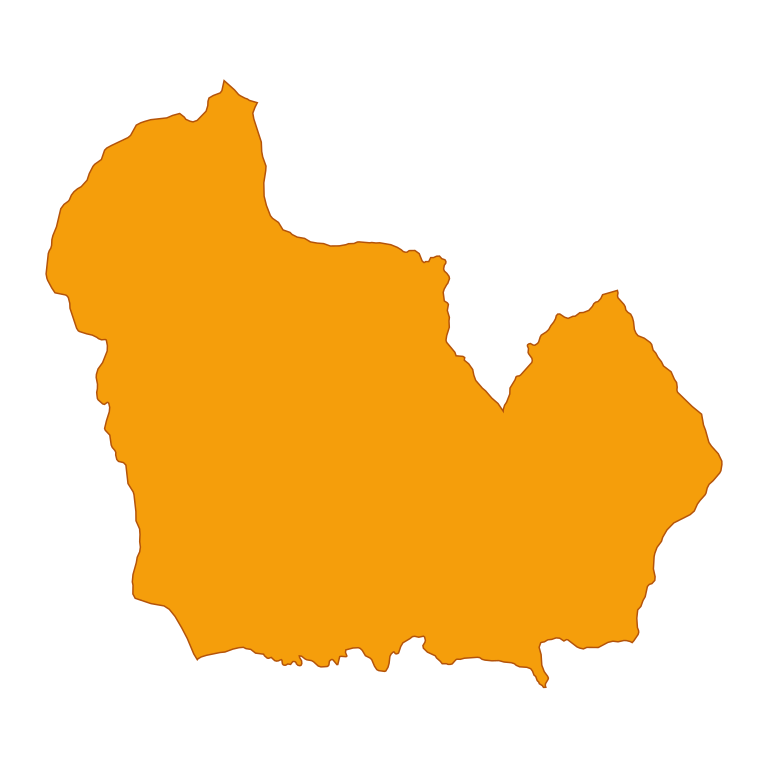 El Calvario, Meta, Colombia (Mercator projection)
{"feature_id": "7082276B98966151255757", "entity_name": "El Calvario", "entity_type": "district", "adm_level": 2, "iso_a3": "COL", "parent_name": "Colombia", "parent_adm1": "Meta", "projection": "mercator", "projection_center": [-73.69, 4.367], "detail": "fine", "context": "isolated", "style": "filled", "palette": "amber", "viewbox_px": 768, "rotation_deg": 0, "n_neighbors": 0, "source": "geoboundaries", "source_scale": "gbopen_adm2", "svg_char_len": 6077}
<svg xmlns="http://www.w3.org/2000/svg" viewBox="0 0 768 768"><path d="M197.3,659.7L198.1,658.7L201.3,656.9L206.5,655.3L220.1,652.5L225.0,652.0L232.9,649.1L238.9,647.7L243.4,647.3L245.9,648.6L250.8,649.4L255.5,653.1L263.6,654.2L264.4,655.7L267.2,658.1L268.6,658.3L271.2,657.4L274.7,660.6L276.5,661.1L278.2,660.9L281.2,659.6L281.9,660.2L282.4,663.8L283.3,664.9L284.3,665.2L285.7,665.2L287.7,664.0L290.6,664.4L292.7,661.6L293.9,661.5L295.3,661.8L296.1,662.7L296.3,663.7L298.0,665.3L299.9,665.7L301.0,665.3L301.8,663.7L301.6,660.9L299.6,657.5L299.3,655.9L301.6,656.2L305.0,658.9L306.8,659.8L311.5,660.6L313.5,661.7L318.2,666.0L320.9,666.9L324.7,666.7L327.2,666.5L328.2,665.9L328.9,664.9L329.4,661.3L330.5,660.1L332.0,659.4L333.1,660.0L336.9,664.6L337.8,664.5L339.7,656.6L341.0,656.3L346.1,656.7L346.9,656.0L345.5,652.5L345.8,649.9L353.0,648.0L358.3,647.7L360.2,648.4L362.3,650.4L365.4,655.7L370.0,658.0L371.7,659.6L374.5,666.2L376.8,669.6L378.7,670.6L384.6,671.4L385.8,671.0L388.0,667.3L389.1,663.3L389.9,656.4L391.2,653.9L393.4,651.9L394.0,651.9L395.3,653.6L396.2,653.9L397.8,653.5L398.6,652.9L400.7,646.6L402.9,642.8L409.8,638.7L412.5,636.6L414.8,636.3L418.8,637.2L423.5,636.2L424.6,637.1L425.4,640.4L424.9,642.3L422.9,645.6L423.4,648.2L427.4,652.1L435.3,655.8L436.5,657.9L440.2,661.2L442.2,663.7L446.4,663.7L448.1,664.4L450.2,664.4L452.2,663.9L455.8,659.8L456.9,659.2L460.3,659.3L464.5,658.2L477.3,657.3L479.7,657.6L482.1,659.3L485.0,660.1L491.9,660.8L498.9,660.6L504.0,662.0L511.3,662.7L514.4,663.7L516.2,665.3L519.6,666.8L526.9,667.3L530.7,668.7L532.5,671.1L534.0,675.1L535.7,676.5L537.2,680.6L538.8,682.2L539.3,683.7L542.3,685.6L543.5,687.4L545.8,687.3L545.3,685.4L545.5,683.7L548.0,679.5L548.4,678.1L547.7,676.4L544.2,671.6L541.8,665.2L541.1,654.6L539.1,647.3L540.7,642.8L541.4,642.4L544.5,641.8L547.8,639.8L551.7,639.4L556.1,637.9L559.7,638.2L563.9,641.0L566.4,639.6L567.8,639.8L577.0,646.9L579.8,648.1L583.4,648.9L586.8,647.4L598.3,647.5L607.9,642.4L612.9,641.2L618.1,641.8L623.9,640.5L626.5,640.6L630.1,641.5L632.2,642.6L633.8,640.8L638.1,634.5L638.7,632.4L638.6,630.8L637.4,627.5L636.8,618.2L637.7,609.9L640.9,606.4L643.0,600.5L645.2,596.7L647.4,586.5L649.3,584.4L651.9,583.6L654.8,580.4L655.1,576.7L653.4,568.9L654.1,556.7L654.8,553.4L657.0,547.4L661.5,541.3L662.7,537.3L667.0,529.9L673.8,522.9L690.2,514.6L694.3,511.0L697.4,504.1L700.0,500.5L705.1,494.8L706.0,493.1L707.2,488.0L709.1,484.3L713.2,480.6L719.7,473.0L720.9,470.7L721.9,464.6L721.8,461.1L718.3,453.8L711.4,446.1L708.9,442.4L705.5,430.2L703.5,425.0L701.6,414.2L692.2,406.5L677.6,392.3L676.9,390.2L677.2,387.1L676.6,382.6L674.4,379.3L671.1,371.8L663.5,366.0L661.4,361.7L658.1,357.5L655.8,353.1L653.1,350.1L651.7,344.5L650.2,342.5L644.3,338.2L638.0,335.7L636.0,333.2L634.4,329.5L633.5,321.6L632.4,317.5L630.7,314.2L627.7,312.2L625.8,309.9L625.2,306.7L623.9,304.4L617.9,297.7L617.5,295.7L618.0,293.0L617.4,290.4L602.6,294.7L600.8,298.5L598.1,301.5L595.6,302.2L593.8,303.7L592.4,306.4L588.8,310.4L583.4,312.5L579.8,312.7L575.2,316.2L572.9,316.3L568.1,318.4L564.6,317.2L559.8,314.0L557.7,314.1L556.3,315.7L555.5,318.8L553.7,322.1L550.9,325.6L548.7,329.6L546.3,331.9L541.3,335.1L540.2,337.0L538.7,341.8L537.6,343.4L534.9,345.2L533.3,345.1L530.4,343.5L528.8,343.9L527.6,344.8L527.4,345.9L528.5,348.5L528.1,352.4L528.6,353.7L531.9,358.3L532.3,360.7L531.8,362.5L520.9,374.7L519.5,375.8L517.0,376.2L516.0,376.9L515.1,379.7L510.0,388.1L509.8,394.0L506.6,402.2L504.6,405.2L503.3,409.4L503.2,411.2L498.0,403.5L491.8,398.1L485.6,390.9L482.3,388.1L475.7,380.4L473.8,375.1L472.7,369.5L468.7,363.8L464.3,360.2L464.7,357.5L462.9,356.4L456.1,355.8L454.9,352.3L446.6,342.3L446.0,340.2L446.7,335.6L449.3,327.3L449.0,321.0L449.4,317.4L447.3,310.5L448.4,304.4L447.4,302.9L444.3,300.9L443.2,292.4L444.2,289.1L446.8,284.5L447.7,283.5L449.5,278.6L449.0,276.3L446.9,273.4L444.4,271.1L443.6,269.0L444.3,265.3L445.8,263.1L445.9,261.6L445.3,260.2L444.8,259.7L441.8,258.7L439.5,256.1L436.6,256.2L433.5,257.6L430.7,257.6L428.7,261.6L425.5,261.6L424.7,262.4L423.8,262.5L422.1,260.9L419.2,253.6L414.9,250.5L409.2,250.6L407.0,252.2L405.2,252.2L403.2,251.5L401.3,249.8L397.4,247.4L390.8,244.7L379.8,242.8L375.9,243.0L371.8,242.5L369.7,242.8L359.1,241.9L357.4,242.0L354.0,243.5L348.5,243.7L345.9,244.7L339.2,245.9L330.3,246.0L323.6,243.6L317.2,243.1L310.4,241.9L304.6,238.4L297.2,237.1L292.1,234.5L290.0,232.4L283.0,229.9L278.5,222.5L272.5,218.3L270.4,215.7L266.4,205.4L264.1,196.1L263.8,182.8L265.7,170.8L266.0,166.1L262.7,156.9L261.7,151.5L261.3,142.1L253.8,118.9L252.8,113.1L255.0,107.3L257.3,102.7L249.4,100.4L247.4,99.0L245.0,98.2L240.4,95.8L238.6,94.6L234.6,90.0L224.1,80.6L221.9,90.6L220.2,92.9L213.3,95.5L209.0,98.0L208.0,101.2L207.8,105.6L206.1,111.2L197.2,120.4L193.0,121.9L190.0,121.2L185.8,119.3L184.3,117.1L179.7,113.5L172.7,115.4L166.8,117.9L150.7,119.7L144.8,121.4L140.7,122.8L136.3,125.1L130.6,135.4L128.0,137.6L111.4,145.5L106.8,148.0L104.6,150.2L101.4,159.5L94.7,164.3L93.0,166.3L89.3,173.5L87.1,180.2L81.2,186.7L77.5,188.8L74.0,191.7L71.4,195.1L69.3,200.0L68.2,201.3L64.0,204.4L60.8,208.7L56.5,226.8L52.9,235.6L51.9,239.6L51.6,245.4L50.8,248.2L49.3,250.7L48.3,253.5L46.1,273.9L46.9,278.2L47.7,280.4L51.8,288.0L55.0,292.8L65.3,294.9L66.6,295.5L68.3,297.5L69.8,303.4L70.0,308.3L76.6,328.2L78.2,330.7L79.4,331.5L86.6,333.8L92.3,335.1L96.8,337.3L98.6,338.7L101.5,339.8L105.2,339.5L106.3,340.0L107.4,345.7L107.2,351.0L102.6,362.6L98.0,369.0L96.4,374.3L96.2,377.5L97.5,384.2L97.4,388.8L96.7,392.3L97.0,395.5L97.4,398.5L98.2,399.9L102.7,403.9L104.5,404.4L107.2,402.4L108.0,402.5L108.8,403.4L109.7,407.4L109.3,411.8L106.5,420.6L104.6,428.5L105.3,430.3L109.8,435.1L111.2,445.0L112.3,447.5L114.9,450.5L115.8,452.4L115.7,455.0L116.8,459.5L118.5,461.4L123.5,462.6L125.9,465.1L128.0,483.6L133.2,491.9L134.0,494.7L135.9,511.6L136.0,520.8L139.6,528.9L140.0,534.5L139.7,541.6L140.4,547.1L139.7,551.8L137.2,557.3L136.3,562.7L133.0,574.5L132.3,581.9L133.0,585.1L132.9,594.0L135.2,598.3L151.0,603.6L164.0,605.9L169.3,609.3L175.1,616.5L181.7,627.8L187.3,638.5L193.8,654.0L197.3,659.7Z" fill="#f59e0b" stroke="#b45309" stroke-width="1.5"/></svg>